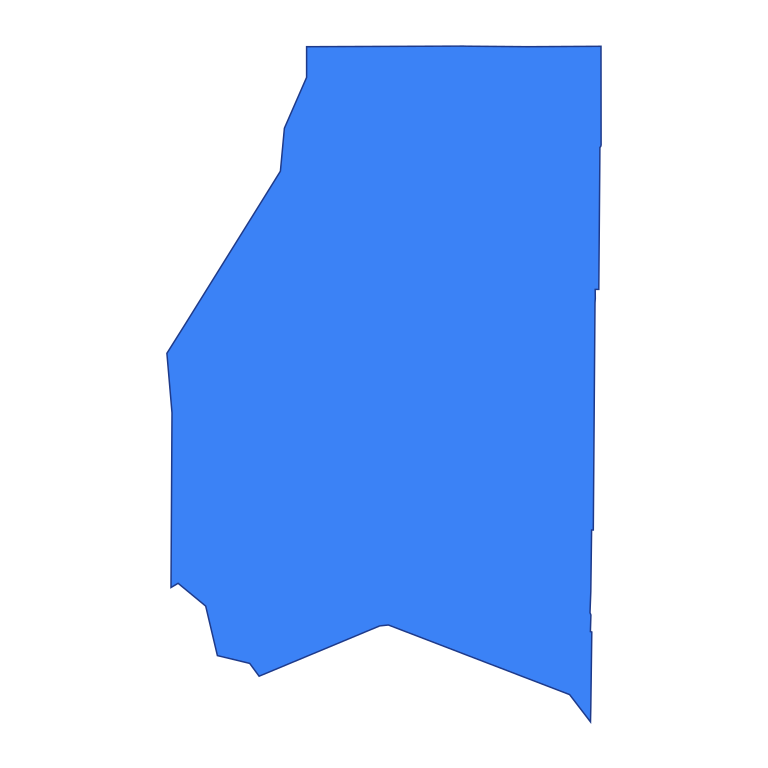 the district of Preston, West Virginia, United States of America
{"feature_id": "52423323B40948344382012", "entity_name": "Preston", "entity_type": "district", "adm_level": 2, "iso_a3": "USA", "parent_name": "United States of America", "parent_adm1": "West Virginia", "projection": "natural_earth1", "projection_center": [-79.641, 39.458], "detail": "fine", "context": "isolated", "style": "filled", "palette": "blue", "viewbox_px": 768, "rotation_deg": 0, "n_neighbors": 0, "source": "geoboundaries", "source_scale": "gbopen_adm2", "svg_char_len": 618}
<svg xmlns="http://www.w3.org/2000/svg" viewBox="0 0 768 768"><path d="M171.0,587.5L178.1,583.3L205.7,606.1L217.4,655.6L249.7,663.4L259.1,676.2L379.7,625.9L388.4,625.0L569.6,694.6L590.5,721.9L590.8,707.7L591.8,632.0L591.5,631.9L590.4,631.6L590.9,615.0L590.0,612.7L590.8,591.6L591.6,530.0L593.3,530.0L595.0,302.7L595.3,298.4L595.2,289.4L598.8,289.4L599.8,163.5L599.9,147.4L600.7,146.5L601.1,145.0L601.0,46.3L527.3,46.7L466.1,46.2L463.6,46.1L306.6,46.7L306.6,77.4L284.4,128.2L280.4,171.2L256.9,209.0L218.3,271.0L185.4,323.9L166.9,353.3L172.0,412.8L171.0,587.5Z" fill="#3b82f6" stroke="#1e3a8a" stroke-width="1.5"/></svg>